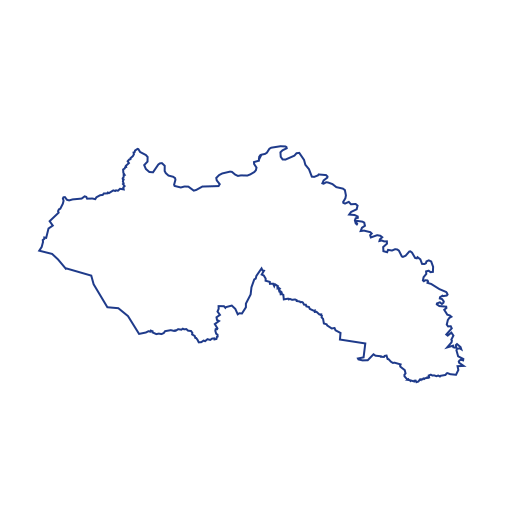 Savelugu, Northern, Ghana, rotated 95°
{"feature_id": "2480657B27215926841583", "entity_name": "Savelugu", "entity_type": "district", "adm_level": 2, "iso_a3": "GHA", "parent_name": "Ghana", "parent_adm1": "Northern", "projection": "robinson", "projection_center": [-0.823, 9.867], "detail": "fine", "context": "isolated", "style": "outline", "palette": "blue", "viewbox_px": 512, "rotation_deg": 95, "n_neighbors": 0, "source": "geoboundaries", "source_scale": "gbopen_adm2", "svg_char_len": 6019}
<svg xmlns="http://www.w3.org/2000/svg" viewBox="0 0 512 512"><g transform="rotate(95 256 256)"><path d="M228.6,457.1L230.0,456.4L239.3,464.6L243.4,461.1L246.7,465.1L256.2,466.6L256.0,468.5L257.4,468.4L258.7,469.8L260.6,469.4L265.7,470.3L269.6,472.4L271.7,459.3L276.6,453.0L285.3,444.3L284.9,443.8L289.9,418.4L298.3,415.3L320.0,399.6L320.0,388.6L327.0,378.3L343.8,365.7L341.8,359.0L340.3,356.6L340.6,354.8L339.5,354.4L340.0,352.5L341.1,352.5L342.5,348.5L341.8,346.1L342.0,343.3L340.8,341.2L338.8,340.0L337.3,334.4L337.8,330.9L337.1,330.1L337.5,329.5L335.7,327.2L335.9,323.9L334.8,322.6L335.3,321.2L334.9,319.0L336.3,317.2L336.4,314.2L338.1,312.7L339.7,312.8L341.0,310.1L342.9,309.3L342.9,308.5L344.4,307.1L347.0,305.5L346.6,303.0L344.8,300.8L345.3,299.3L343.1,297.1L343.6,294.3L342.1,292.5L341.7,290.4L342.7,290.1L342.1,288.2L340.0,287.9L339.6,287.2L337.7,287.5L336.9,288.9L334.1,290.0L332.4,289.8L332.3,288.4L331.5,288.1L327.4,291.1L324.0,287.2L323.1,289.3L320.5,290.0L317.8,286.8L314.7,289.5L311.9,288.6L309.2,288.9L308.8,283.6L310.3,282.0L309.6,281.6L307.5,275.8L310.5,272.0L315.7,269.1L314.5,267.6L314.5,265.0L308.0,261.6L304.3,261.9L294.8,258.0L287.6,257.8L279.5,255.7L278.5,254.3L275.8,253.9L267.9,249.4L269.8,248.3L270.0,246.8L274.0,248.7L274.8,246.5L277.7,244.4L279.8,244.3L280.6,240.0L282.5,239.7L282.1,236.6L284.5,235.2L282.5,234.6L284.1,231.6L285.0,232.0L285.9,230.4L286.6,231.2L286.8,229.6L287.7,230.2L289.5,229.6L289.8,228.2L289.3,228.1L289.8,227.4L290.7,227.1L290.7,228.4L292.0,228.1L291.7,226.9L292.3,225.4L296.8,224.5L295.7,220.3L296.4,219.6L295.8,218.5L296.5,216.2L295.9,213.3L296.5,211.6L297.3,211.5L297.5,208.5L298.2,207.7L297.8,206.3L298.3,205.2L300.3,203.9L300.2,202.1L301.8,201.4L302.2,198.8L304.0,197.8L305.6,193.4L305.2,192.7L306.6,192.5L306.3,190.9L308.7,187.8L308.5,186.1L309.2,186.2L309.6,185.2L311.4,185.3L312.8,183.7L317.3,182.5L317.9,179.7L319.0,179.0L321.6,174.2L320.9,171.5L323.1,170.3L325.3,165.1L331.9,165.1L333.6,139.5L347.6,140.0L349.2,145.5L350.1,144.9L350.7,140.7L350.1,135.6L343.7,130.4L344.9,128.3L345.0,122.9L345.5,122.8L345.4,119.7L344.3,119.1L343.8,117.3L347.2,115.9L347.2,115.0L349.6,112.3L350.6,110.3L350.2,108.7L351.4,102.5L352.9,102.9L353.8,102.4L356.7,97.9L359.9,96.8L361.4,97.8L362.9,97.6L365.0,95.4L365.8,94.3L365.4,93.6L365.9,93.2L366.2,93.7L366.3,92.1L367.0,91.2L366.5,90.9L367.2,87.5L366.4,87.3L366.2,86.1L367.7,85.2L366.9,83.3L364.7,81.9L365.1,81.0L364.4,80.8L364.4,79.3L363.4,78.6L363.8,77.6L363.0,76.9L362.4,74.0L361.9,74.3L361.7,73.0L360.0,73.5L359.0,71.5L359.7,69.9L359.4,68.1L360.0,65.7L359.2,64.1L360.0,62.3L359.3,61.8L358.0,56.9L356.3,55.8L356.0,55.0L356.8,52.3L356.9,46.4L351.9,44.5L348.2,45.6L347.4,39.6L344.7,44.3L343.5,44.8L342.4,44.2L341.5,43.0L341.9,40.6L340.5,40.5L338.3,45.9L332.5,48.1L330.8,47.6L330.3,44.8L331.0,43.4L328.9,44.3L326.2,48.1L327.4,49.2L329.2,48.6L330.0,49.6L329.7,51.5L328.2,51.9L330.4,57.6L325.0,53.7L323.2,53.5L322.3,54.1L318.1,52.4L315.3,54.7L318.6,58.1L317.6,59.6L311.0,54.7L309.0,55.9L309.4,58.5L307.7,60.0L303.0,59.3L300.8,58.0L299.5,56.1L298.3,57.8L297.8,60.3L293.2,63.8L291.2,61.8L289.9,62.1L289.9,69.0L288.4,71.7L287.5,71.6L286.1,68.8L287.6,66.6L286.2,65.2L284.9,65.0L282.7,66.9L282.3,69.2L281.0,69.1L279.3,66.8L279.7,66.3L278.8,62.6L277.7,61.8L276.2,62.6L275.3,63.4L273.0,70.4L268.6,79.0L267.8,82.8L266.2,82.4L265.4,83.1L265.4,85.3L266.5,86.6L265.8,87.6L262.5,87.2L259.0,84.8L256.5,85.2L255.6,82.7L256.9,80.7L256.4,78.4L251.4,78.6L246.2,81.0L245.3,83.5L246.5,85.7L248.4,86.1L249.3,87.5L249.4,89.9L245.0,92.0L243.1,95.0L244.3,95.6L244.1,97.3L239.0,100.9L237.9,102.7L238.2,103.7L242.7,107.0L244.1,109.6L243.7,110.7L238.2,114.1L237.2,115.9L237.1,118.0L238.7,121.0L238.4,125.0L240.8,125.7L240.1,129.5L236.0,130.1L232.3,126.6L230.0,126.9L230.3,129.6L229.6,132.1L230.3,134.3L228.6,134.0L226.3,131.9L225.0,133.9L224.7,137.1L227.5,143.2L225.3,144.1L223.5,142.7L222.3,144.2L221.3,150.6L222.0,153.9L218.6,152.9L216.4,150.1L213.3,151.1L212.5,153.0L212.2,158.6L213.1,159.5L215.1,158.0L215.7,158.3L214.8,159.5L211.9,160.6L209.7,160.0L209.1,157.9L207.8,158.1L206.6,161.3L206.6,166.8L203.8,165.1L200.7,159.8L197.0,159.2L195.5,161.3L196.2,165.9L194.0,168.3L196.0,171.9L195.5,173.6L194.6,173.9L190.7,172.0L187.8,171.7L182.6,173.2L181.3,175.3L180.4,182.0L177.7,186.1L176.5,190.6L176.4,192.5L178.1,195.0L177.8,196.2L174.8,195.2L171.7,191.8L170.6,191.7L169.3,193.3L169.3,200.7L170.3,201.3L172.1,204.9L172.1,207.3L164.9,210.8L160.8,214.8L156.1,216.5L149.5,221.9L150.1,224.6L152.7,226.5L157.4,235.1L157.5,237.9L155.0,240.0L150.6,240.7L148.4,238.8L146.0,234.8L144.8,235.2L144.3,236.3L144.5,241.1L146.8,250.3L148.0,252.0L152.2,254.2L153.5,255.9L154.6,259.4L158.3,260.9L156.4,260.9L154.7,259.8L155.2,260.5L157.0,261.5L159.5,260.9L157.8,261.6L160.8,261.4L162.6,266.2L164.5,265.9L167.9,263.2L170.6,263.6L172.5,265.0L175.2,268.8L176.6,271.6L177.0,278.0L177.8,281.0L176.7,283.9L174.3,287.3L174.2,289.2L176.7,296.8L178.6,299.8L181.7,302.4L184.1,301.7L187.6,298.4L189.6,299.4L191.5,315.5L195.4,321.3L196.3,323.7L192.8,329.4L193.0,333.3L194.3,336.9L193.3,343.2L192.1,343.8L187.1,342.9L185.5,343.4L184.3,345.4L183.5,350.2L181.3,353.1L179.3,354.4L174.1,354.8L171.7,357.8L172.1,359.8L173.4,361.3L181.6,365.9L181.6,369.6L178.9,373.3L175.2,375.3L171.4,372.3L166.8,372.6L165.0,374.5L162.5,380.5L159.8,382.5L159.6,383.3L161.5,385.7L163.2,386.0L163.6,387.0L165.3,386.5L167.3,387.4L169.4,389.5L170.5,389.5L170.9,390.7L172.8,392.1L174.5,390.7L177.5,393.5L178.7,393.1L179.1,394.2L180.2,394.4L181.4,395.9L184.7,395.4L186.6,394.0L186.8,394.9L188.7,394.7L190.3,395.6L191.5,395.2L191.5,394.6L193.3,395.1L195.2,394.2L195.9,394.8L197.8,393.0L199.3,394.2L201.2,393.6L200.9,397.3L203.0,399.2L202.8,401.2L203.5,401.9L203.1,403.9L206.2,408.0L205.7,409.1L206.6,409.6L207.0,413.1L208.5,414.0L209.0,416.5L211.4,420.1L213.4,421.1L213.0,423.9L213.6,429.3L211.9,430.2L211.5,431.9L214.0,434.7L215.6,443.6L216.9,447.0L216.5,449.2L214.0,451.5L214.3,452.9L215.5,453.4L217.8,452.5L220.8,453.0L226.0,455.1L226.7,456.4L228.6,457.1Z" fill="none" stroke="#1e3a8a" stroke-width="2"/></g></svg>